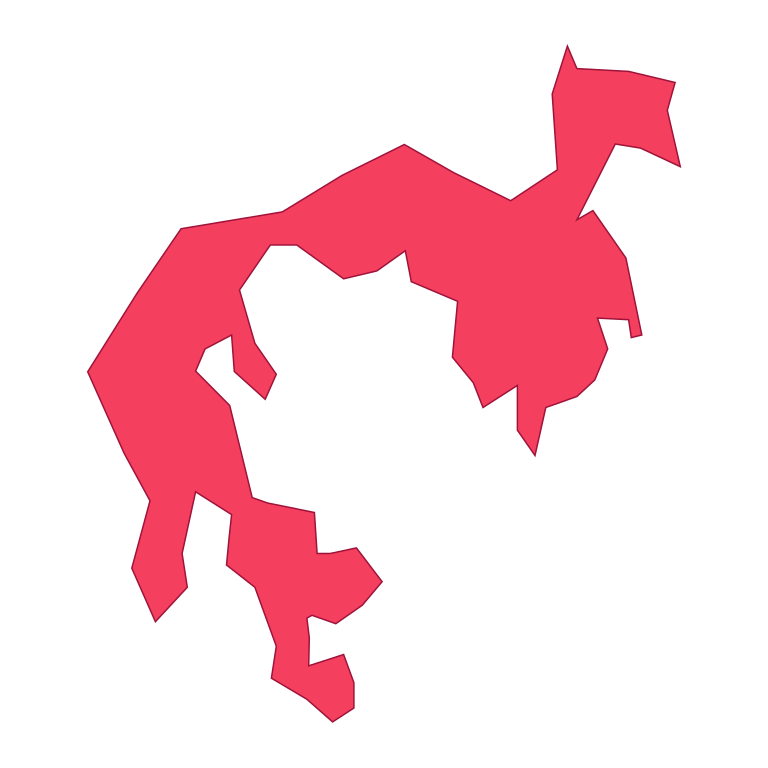 SVG path tracing the border of Sai Kung
{"feature_id": "HKG-5162", "entity_name": "Sai Kung", "entity_type": "state/province", "adm_level": 1, "iso_a3": "HKG", "parent_name": "Hong Kong S.A.R.", "parent_adm1": "", "projection": "mercator", "projection_center": [114.312, 22.352], "detail": "fine", "context": "isolated", "style": "filled", "palette": "rose", "viewbox_px": 768, "rotation_deg": 0, "n_neighbors": 0, "source": "natural_earth", "source_scale": "10m", "svg_char_len": 1121}
<svg xmlns="http://www.w3.org/2000/svg" viewBox="0 0 768 768"><path d="M567.4,46.1L576.9,68.6L628.6,71.4L675.1,82.5L667.3,110.3L680.3,166.7L640.5,148.1L615.3,144.0L576.9,219.8L592.9,210.6L625.9,258.0L641.8,335.0L631.3,337.6L628.6,319.7L597.5,318.1L607.7,348.9L594.8,379.9L576.9,396.5L545.8,407.5L535.0,455.5L517.4,430.2L517.4,385.4L483.0,407.5L473.3,382.7L452.4,357.2L457.6,301.3L411.3,281.7L405.3,250.7L376.9,270.9L343.6,278.8L296.8,245.0L270.3,245.0L239.5,290.0L254.9,343.3L276.3,374.3L265.2,399.3L234.3,371.5L231.6,335.0L205.1,348.9L195.6,371.1L229.7,405.5L252.2,497.6L267.6,503.0L314.4,512.5L317.1,553.5L330.1,553.5L356.4,547.9L382.1,581.7L362.3,605.2L335.8,623.7L312.0,615.3L306.9,618.1L309.3,637.9L308.7,665.8L343.6,654.5L353.9,682.7L353.9,708.0L332.6,721.9L306.9,699.3L271.4,678.2L276.3,646.2L254.9,587.3L226.5,565.0L229.2,536.8L231.6,514.6L195.6,491.8L182.1,553.5L187.3,587.3L155.4,621.7L131.8,568.2L150.0,500.8L124.1,453.2L87.7,371.8L137.0,293.3L181.1,228.7L282.3,211.9L342.0,175.4L404.3,144.5L453.6,172.6L510.7,200.7L557.4,169.8L552.2,94.0L567.4,46.1Z" fill="#f43f5e" stroke="#9f1239" stroke-width="1.5"/></svg>